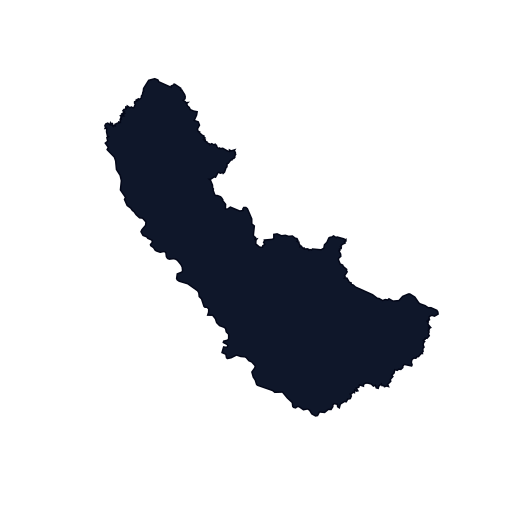 Pichincha, Manabi, Ecuador (Robinson projection), rotated 115°
{"feature_id": "8360857B60959111227770", "entity_name": "Pichincha", "entity_type": "district", "adm_level": 2, "iso_a3": "ECU", "parent_name": "Ecuador", "parent_adm1": "Manabi", "projection": "robinson", "projection_center": [-79.88, -0.896], "detail": "fine", "context": "isolated", "style": "filled", "palette": "ink", "viewbox_px": 512, "rotation_deg": 115, "n_neighbors": 0, "source": "geoboundaries", "source_scale": "gbopen_adm2", "svg_char_len": 6083}
<svg xmlns="http://www.w3.org/2000/svg" viewBox="0 0 512 512"><g transform="rotate(115 256 256)"><path d="M267.0,387.2L267.3,385.3L269.2,382.1L270.6,377.7L269.6,374.8L271.7,370.1L274.9,369.0L280.3,370.5L282.6,370.5L285.1,367.1L284.8,363.1L285.7,361.5L285.6,357.1L287.3,355.7L290.2,356.5L291.1,355.8L291.7,352.4L293.4,349.7L293.5,348.2L293.1,344.4L291.1,341.8L290.6,340.1L291.2,339.0L294.5,336.9L295.6,335.1L295.5,333.2L293.3,329.7L292.8,327.6L293.1,325.4L295.5,320.4L297.2,318.2L300.4,316.3L301.9,316.4L305.5,319.8L310.0,318.4L310.9,317.3L311.3,315.0L310.0,306.1L312.2,294.2L313.5,292.3L316.8,290.3L317.8,287.3L323.7,281.8L324.0,280.7L323.2,278.7L323.9,276.5L326.9,275.2L330.0,274.8L328.0,270.3L330.0,266.3L333.0,263.5L334.5,259.6L334.1,254.9L334.5,253.0L337.3,250.9L338.5,247.7L342.6,245.8L344.3,246.2L346.8,249.3L348.2,249.1L348.4,244.7L349.2,243.5L351.2,243.9L352.1,246.9L357.9,246.0L357.8,241.8L360.7,239.7L361.0,238.6L358.8,235.6L354.0,231.8L353.5,227.3L352.0,223.2L352.2,221.8L353.9,218.2L353.8,215.1L355.9,210.2L358.0,209.8L362.9,210.7L366.9,207.3L368.7,204.3L372.2,201.1L372.5,199.9L370.9,184.1L371.6,181.4L368.1,174.5L371.4,167.6L373.5,161.2L376.8,159.1L377.3,158.0L376.9,155.9L375.4,155.3L374.3,153.5L375.3,148.0L372.8,144.7L373.1,142.3L375.5,138.7L375.8,134.4L374.6,132.8L370.5,132.6L368.8,127.7L364.5,125.7L363.4,123.1L360.1,122.7L358.3,123.5L356.8,122.8L356.0,119.6L358.1,118.3L358.4,116.3L354.6,117.0L350.5,114.4L350.0,112.6L347.0,112.4L345.4,110.3L342.6,110.4L341.4,112.2L340.6,111.2L338.5,110.6L338.3,109.0L335.8,110.0L336.0,107.8L335.1,106.7L333.4,109.4L331.5,107.4L329.1,107.8L328.6,103.6L327.0,104.3L324.9,103.0L323.9,100.8L323.3,97.4L324.3,94.6L322.7,93.2L324.7,91.3L324.3,89.3L322.0,89.7L318.9,88.3L320.2,87.1L319.5,85.5L320.2,84.4L318.6,82.6L318.3,80.7L316.6,82.5L312.7,80.9L311.0,82.1L307.4,81.0L306.7,82.6L303.8,81.4L300.4,82.2L299.9,79.6L298.3,78.9L297.6,76.8L295.1,75.8L293.9,76.4L291.6,75.9L289.9,68.5L288.7,68.5L286.6,70.4L283.8,70.9L281.8,69.8L281.1,67.9L279.2,67.5L278.5,66.2L274.9,65.3L274.1,64.0L273.4,64.9L272.0,64.2L269.5,65.7L267.6,65.2L265.9,67.0L263.5,67.5L262.3,67.0L261.7,68.8L259.9,67.5L258.9,67.9L258.3,66.2L255.0,65.3L253.8,66.9L251.7,67.0L250.8,68.4L249.8,67.8L249.3,68.7L248.1,68.0L247.6,69.1L246.9,67.7L245.1,71.4L243.6,71.9L242.9,73.1L242.6,72.3L242.1,72.8L240.6,71.9L240.4,72.8L239.7,72.5L238.4,73.4L236.7,72.8L235.4,71.4L235.1,68.8L231.7,66.4L229.9,67.5L228.8,69.2L228.9,75.6L230.1,78.1L229.5,81.8L230.0,87.1L229.7,88.6L226.1,94.7L225.4,100.5L226.0,101.8L230.6,106.0L236.0,107.6L239.0,112.8L238.6,117.4L240.2,118.0L240.8,120.4L242.9,122.4L242.5,126.5L243.1,128.2L241.8,134.0L242.1,152.8L241.2,155.5L241.5,157.7L240.1,158.5L240.4,160.3L237.6,164.3L238.7,166.5L237.2,166.4L236.5,167.4L231.8,166.7L231.3,167.7L229.8,168.2L228.7,172.4L227.6,173.6L227.7,176.3L224.6,179.7L223.1,180.2L220.5,179.0L218.5,180.1L216.6,182.6L215.8,183.0L215.2,182.4L214.3,183.2L213.3,182.0L212.2,182.3L211.6,183.4L210.7,182.8L209.8,183.3L206.5,180.7L205.5,182.0L204.4,180.8L203.0,181.5L203.6,181.9L203.3,183.6L204.5,190.6L205.5,191.0L205.0,194.2L207.2,195.6L207.6,196.7L208.8,197.6L213.7,197.5L216.9,198.7L220.3,197.8L222.9,199.7L225.8,207.8L227.1,208.2L227.4,209.9L228.5,210.4L227.6,212.0L229.3,215.3L228.4,215.8L229.2,217.1L227.9,219.0L228.9,220.1L228.0,220.2L226.3,222.6L225.3,222.9L225.4,224.9L224.3,224.5L222.9,226.2L223.3,228.1L222.5,231.5L224.4,234.7L224.8,238.1L226.9,241.5L227.0,246.2L228.9,249.0L232.5,247.3L233.9,248.1L238.0,255.2L238.9,254.6L240.4,254.9L241.8,252.9L243.9,254.2L245.3,253.7L246.5,256.4L245.1,261.4L241.8,262.7L240.1,262.4L241.2,264.0L239.5,264.2L239.1,266.2L238.2,267.2L229.5,270.2L228.7,273.4L224.2,275.5L216.8,283.8L216.3,285.7L217.2,287.6L219.0,287.8L220.2,287.0L222.1,289.7L222.5,299.9L225.8,301.8L226.1,303.7L222.0,305.4L219.8,309.8L219.1,309.8L218.0,311.5L217.3,313.1L217.5,316.4L218.3,318.5L217.6,319.6L214.3,322.9L213.3,322.9L212.6,324.1L210.1,325.4L206.5,329.4L206.2,330.7L205.7,329.6L202.0,327.4L201.7,326.0L196.5,325.7L195.8,324.9L196.1,323.4L194.4,321.4L195.0,320.7L193.2,320.0L188.5,320.5L187.5,320.0L184.3,321.3L183.7,320.3L179.9,319.5L178.9,318.3L178.0,318.6L176.9,317.3L175.2,316.9L174.7,317.6L172.3,317.4L171.8,318.4L170.8,318.5L169.9,320.2L168.7,320.1L171.3,323.0L171.1,324.9L172.5,324.3L172.9,325.6L172.4,331.7L173.7,333.5L173.5,334.6L174.3,334.8L174.2,336.0L173.6,337.7L172.3,338.7L172.5,340.0L172.0,340.3L173.1,341.3L172.9,343.6L174.6,344.9L174.1,345.2L174.1,348.2L173.4,348.5L173.5,350.5L172.5,350.8L172.6,352.1L171.8,351.8L172.1,353.0L170.5,352.4L170.4,353.9L169.3,353.8L169.2,356.2L168.2,359.4L167.4,359.5L167.6,361.0L165.6,362.8L161.3,362.5L158.8,365.1L159.3,369.3L153.4,369.4L150.1,370.3L151.0,373.8L151.1,377.4L149.5,379.4L149.1,381.3L147.3,383.3L145.7,382.6L146.8,384.6L146.1,385.2L145.7,387.9L143.5,386.8L141.5,387.5L140.0,388.8L136.9,393.5L137.5,394.3L135.8,395.0L134.7,402.0L134.8,402.9L135.8,402.9L137.7,404.7L139.0,404.2L139.2,417.8L137.9,419.3L138.1,422.7L142.1,427.5L151.6,428.7L154.0,427.9L154.2,427.3L155.3,427.8L157.8,427.1L159.4,427.5L161.2,426.7L163.5,427.9L163.1,428.8L164.2,429.7L165.1,428.9L165.7,429.6L165.4,430.4L166.7,430.2L167.5,431.2L168.8,430.7L169.4,429.5L173.1,429.4L173.8,430.0L173.6,431.9L174.9,433.0L174.4,436.1L175.5,435.8L175.9,437.0L177.1,436.5L176.5,435.7L177.8,436.0L179.1,437.7L180.3,437.6L180.6,438.6L180.9,436.2L181.8,436.6L182.1,435.6L182.5,436.3L183.2,435.8L183.7,436.8L183.1,437.1L183.8,437.6L184.9,435.1L185.5,436.4L185.0,437.5L186.2,438.2L187.0,435.9L187.1,436.8L188.2,436.3L188.1,436.9L189.5,436.8L189.4,436.0L190.2,436.4L192.2,435.4L192.5,437.0L193.6,436.5L193.9,437.5L196.3,439.5L197.5,438.6L198.1,440.2L198.9,440.2L197.9,442.5L197.2,441.6L196.6,442.2L197.0,443.3L197.7,443.2L197.0,444.1L198.8,443.7L198.2,446.5L199.9,448.0L201.9,448.0L202.9,446.7L204.2,446.7L203.4,445.2L206.7,443.9L210.1,441.3L210.2,440.2L211.7,441.2L214.6,438.9L217.4,440.3L219.9,435.8L222.5,435.9L226.2,426.2L229.1,423.4L236.6,419.0L240.3,413.2L244.7,409.8L253.4,406.8L258.0,399.0L260.3,399.1L264.7,394.1L265.5,389.8L267.0,387.2Z" fill="#0f172a" stroke="#020617" stroke-width="1.5"/></g></svg>